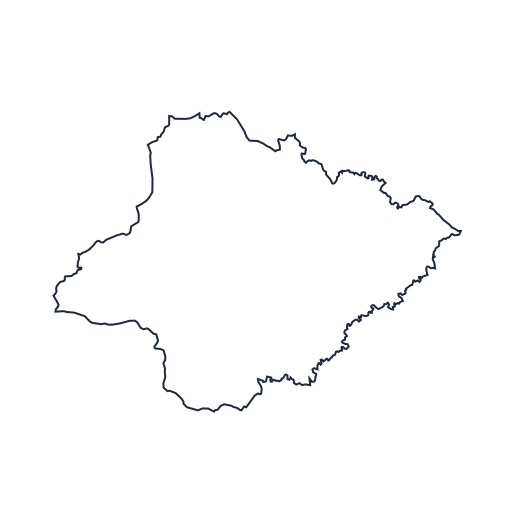 Faratsiho, Vakinankaratra, Madagascar (Mercator projection), rotated 172°
{"feature_id": "10022922B80317071360034", "entity_name": "Faratsiho", "entity_type": "district", "adm_level": 2, "iso_a3": "MDG", "parent_name": "Madagascar", "parent_adm1": "Vakinankaratra", "projection": "mercator", "projection_center": [46.848, -19.419], "detail": "fine", "context": "isolated", "style": "outline", "palette": "slate", "viewbox_px": 512, "rotation_deg": 172, "n_neighbors": 0, "source": "geoboundaries", "source_scale": "gbopen_adm2", "svg_char_len": 6099}
<svg xmlns="http://www.w3.org/2000/svg" viewBox="0 0 512 512"><g transform="rotate(172 256 256)"><path d="M322.5,406.7L323.7,398.1L325.2,396.9L327.5,396.5L328.4,395.8L330.1,392.0L332.7,389.8L334.1,387.4L336.8,387.4L337.5,384.6L338.4,383.9L342.8,383.3L347.6,381.2L345.8,373.1L346.8,370.0L347.5,362.2L347.7,347.1L349.8,333.5L353.8,328.6L356.9,326.0L361.8,323.4L367.2,321.6L367.4,320.4L366.3,313.6L367.2,307.6L368.0,306.0L375.5,302.7L377.2,297.2L377.9,296.3L380.4,295.1L381.6,295.0L384.8,296.7L391.0,295.8L402.0,292.9L405.5,290.7L407.4,291.1L409.6,292.9L410.9,292.9L412.5,292.1L415.9,288.8L420.5,285.5L424.7,283.8L427.5,283.3L429.5,281.9L431.6,282.8L431.5,278.1L433.2,274.7L434.1,271.0L434.1,269.8L433.1,268.8L431.2,269.0L430.6,268.5L431.1,267.3L434.7,266.7L436.2,263.9L438.9,263.5L441.4,261.9L447.8,262.3L448.4,261.4L448.6,259.1L449.3,258.1L453.8,257.4L457.4,254.1L458.4,251.9L458.5,248.6L460.0,246.5L462.0,244.9L458.3,235.5L458.9,233.5L461.6,231.1L462.3,228.8L454.0,228.1L450.9,226.8L444.1,225.3L434.0,220.3L429.3,213.9L427.5,212.6L418.8,210.0L414.9,210.2L412.1,208.6L407.8,208.0L399.9,208.2L390.4,209.4L385.2,208.9L383.0,207.1L380.1,200.8L377.5,199.1L374.3,199.5L372.7,198.7L368.1,193.1L365.7,192.3L364.8,185.8L366.4,183.2L368.8,180.9L369.3,180.1L369.1,178.9L367.8,178.2L364.1,177.4L361.0,175.7L360.4,174.2L359.8,168.0L360.7,165.1L361.8,164.1L362.6,162.5L361.7,157.0L362.4,154.4L362.7,148.7L365.4,142.7L365.8,138.5L362.5,134.5L360.3,134.6L354.7,131.5L349.4,124.8L348.2,122.0L348.3,119.7L345.5,115.9L334.9,111.2L330.3,112.5L324.6,111.6L319.3,107.8L318.1,109.0L315.3,109.1L312.0,112.4L308.2,113.6L301.1,111.1L299.5,109.7L296.1,108.3L292.8,105.4L291.8,105.3L288.7,108.6L286.7,107.6L276.6,118.0L273.2,119.6L271.3,118.4L270.1,119.0L268.8,123.8L269.3,126.8L271.2,131.1L271.2,133.9L266.6,131.6L266.7,130.5L266.1,130.1L264.1,130.3L263.5,130.7L261.8,135.0L257.8,133.5L257.7,132.7L259.2,131.3L258.9,129.5L257.6,129.4L256.4,130.9L255.7,131.0L253.5,129.5L252.3,129.7L250.5,128.7L248.5,129.4L247.7,131.0L246.9,130.8L245.8,131.5L243.9,134.2L242.7,134.5L241.5,133.4L241.9,129.7L240.2,128.8L238.6,130.9L237.7,129.2L236.0,128.1L236.0,124.9L234.1,123.1L230.7,124.0L228.4,121.8L224.9,122.0L220.3,120.5L220.1,127.2L218.1,123.6L216.1,123.5L214.9,124.5L213.9,128.1L212.9,129.9L213.0,131.0L215.5,132.8L215.9,135.9L213.9,136.8L210.9,135.2L210.4,138.8L209.2,141.0L208.6,141.3L207.1,139.4L206.0,140.4L206.4,144.1L205.3,144.3L203.8,142.3L200.3,144.4L199.6,144.1L198.9,142.4L198.4,142.4L195.9,144.9L195.0,145.0L193.9,146.6L191.5,147.2L190.1,150.1L189.2,150.3L187.6,149.5L185.7,150.6L184.1,150.3L183.6,151.1L184.1,153.5L183.7,154.1L182.5,153.8L180.9,151.8L179.5,151.4L176.8,153.3L177.5,156.0L179.5,156.3L182.5,158.2L182.8,159.1L182.0,160.2L179.6,160.6L179.1,163.0L177.1,164.1L177.9,165.9L179.0,166.9L179.1,168.3L178.3,169.9L175.6,171.0L175.9,173.3L174.8,175.7L173.7,175.8L173.3,173.9L172.8,173.7L171.3,174.8L169.7,177.4L166.2,179.1L164.7,178.8L163.1,176.7L161.1,178.1L162.9,180.4L162.6,181.7L160.6,180.8L160.4,182.4L159.8,182.6L155.3,181.2L153.5,181.6L152.9,182.2L152.6,184.3L152.0,184.9L151.1,185.0L150.1,183.6L149.1,183.7L148.9,185.4L147.3,186.8L147.1,187.7L148.5,188.5L149.0,189.7L148.7,190.5L147.6,191.1L146.1,190.8L143.4,187.4L142.0,186.4L136.8,188.3L135.6,190.5L134.0,190.2L132.0,191.4L131.0,189.5L132.4,187.1L129.6,184.6L127.7,183.9L127.6,186.5L125.8,186.6L125.3,187.4L126.0,189.0L125.4,190.0L123.9,188.9L122.0,189.7L121.0,188.9L119.8,190.3L116.8,191.1L118.0,194.5L120.2,196.1L120.3,198.7L117.9,198.8L117.2,197.4L116.5,197.1L114.0,197.8L113.0,198.6L113.3,200.9L111.9,201.7L112.0,202.8L107.1,205.4L105.3,205.6L103.6,209.8L102.6,209.8L101.9,208.4L99.3,209.2L97.7,207.5L96.5,208.6L96.3,209.7L97.8,211.5L97.7,212.4L96.3,212.6L94.9,211.3L93.8,212.4L88.8,213.4L89.4,218.5L88.7,221.0L88.0,221.7L86.7,221.5L84.5,219.5L81.9,219.6L80.5,218.8L80.3,223.4L81.4,228.3L80.9,230.3L79.4,230.1L79.1,230.6L80.3,231.8L80.4,232.7L79.7,233.1L79.5,235.2L77.5,237.2L77.0,238.6L73.9,240.1L73.1,241.0L72.6,244.9L69.8,245.8L68.1,247.0L67.2,247.1L65.7,246.4L64.3,247.4L62.3,247.4L59.4,250.2L58.2,250.3L56.5,248.8L52.0,248.8L49.7,252.2L52.4,252.7L55.9,255.8L57.6,256.6L60.5,260.7L65.3,265.5L69.4,271.6L70.6,272.3L73.2,276.7L74.3,277.9L76.9,279.1L76.5,280.5L74.0,282.0L73.8,283.2L74.4,284.0L76.4,286.1L77.7,285.5L80.8,287.7L83.1,288.4L84.6,289.8L85.8,292.4L87.3,292.8L89.6,292.6L92.4,288.6L95.8,288.0L99.0,286.0L103.8,285.9L105.3,283.9L106.9,284.7L107.9,284.6L108.6,283.3L109.1,283.3L109.5,284.6L107.9,286.6L108.3,288.2L110.8,289.5L112.7,288.1L114.9,288.7L115.8,291.1L114.7,293.6L114.6,295.0L115.4,296.2L117.2,297.0L119.1,300.6L120.5,300.6L123.7,304.1L121.8,307.4L117.5,310.3L118.8,311.7L119.7,314.0L121.0,314.1L122.3,312.9L124.3,313.8L124.2,314.9L125.5,316.1L125.3,317.6L126.2,318.6L127.2,318.3L128.5,315.4L130.5,315.5L129.7,317.5L130.4,319.1L133.0,320.0L133.5,319.6L133.7,317.4L134.4,317.2L136.9,319.2L137.2,320.0L136.2,322.4L136.4,323.5L137.2,323.8L138.5,324.1L139.8,323.6L140.3,323.0L140.3,321.4L140.9,321.3L142.0,321.5L145.4,324.4L146.1,324.5L147.2,323.4L147.8,324.8L151.6,326.1L151.7,327.6L152.2,328.0L157.4,327.7L158.6,328.5L159.3,328.2L159.4,326.6L160.6,327.8L162.4,326.8L162.4,324.5L163.4,323.3L164.7,322.9L165.5,319.9L168.0,317.3L169.7,316.9L170.4,317.3L171.9,321.9L175.2,326.7L175.0,329.8L176.4,330.5L177.4,332.0L178.4,337.9L181.1,339.0L182.2,340.7L185.3,342.6L187.0,343.0L188.2,342.5L189.7,343.3L192.2,342.5L193.5,341.4L194.9,342.6L195.0,344.0L196.6,346.2L196.9,350.5L196.1,351.1L194.1,350.3L193.2,350.4L191.6,354.9L192.4,356.2L194.6,356.8L197.2,359.4L196.7,361.4L197.2,363.3L201.1,367.7L200.5,371.1L203.6,370.0L207.7,370.9L209.7,367.8L212.0,366.5L217.2,368.7L218.0,367.2L217.1,361.7L217.5,358.1L221.1,357.7L222.2,357.0L226.9,361.5L230.1,363.5L233.4,366.5L238.4,369.6L246.4,371.2L248.7,375.0L250.1,381.0L255.7,393.9L262.2,402.5L264.3,401.5L265.1,400.4L268.1,401.9L269.6,401.0L271.4,398.7L272.8,399.0L274.7,401.9L276.1,402.9L277.8,403.3L283.5,400.9L286.4,401.6L288.7,398.0L291.3,400.3L292.6,400.8L292.2,405.2L297.6,402.8L302.0,401.5L306.0,401.5L317.2,403.2L319.9,406.0L322.5,406.7Z" fill="none" stroke="#1e293b" stroke-width="2"/></g></svg>